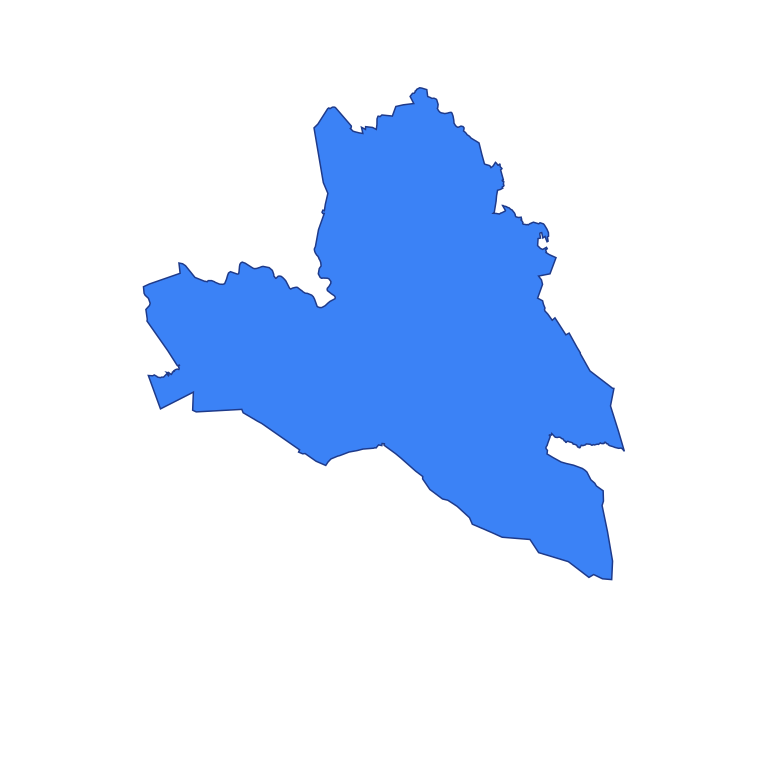 the district of Lagunillas, San Luis Potosí, Mexico, rotated 335°
{"feature_id": "50627088B55940986793809", "entity_name": "Lagunillas", "entity_type": "district", "adm_level": 2, "iso_a3": "MEX", "parent_name": "Mexico", "parent_adm1": "San Luis Potosí", "projection": "equal_earth", "projection_center": [-99.616, 21.598], "detail": "fine", "context": "isolated", "style": "filled", "palette": "blue", "viewbox_px": 768, "rotation_deg": 335, "n_neighbors": 0, "source": "geoboundaries", "source_scale": "gbopen_adm2", "svg_char_len": 6159}
<svg xmlns="http://www.w3.org/2000/svg" viewBox="0 0 768 768"><g transform="rotate(335 384 384)"><path d="M507.7,657.5L516.3,641.1L524.1,612.5L530.3,586.3L533.4,582.9L537.5,573.4L533.4,566.2L533.1,563.0L531.0,558.2L530.7,549.5L529.7,547.1L528.1,544.4L521.5,537.7L515.5,533.0L511.6,529.6L506.2,522.2L502.2,516.3L504.1,513.2L503.6,511.3L503.7,510.3L504.8,509.2L505.8,508.7L507.4,506.9L512.4,501.9L512.2,500.2L512.4,500.1L514.1,501.0L515.1,499.8L516.7,504.6L518.4,505.7L519.8,506.0L521.1,506.7L522.0,508.6L522.9,509.3L523.4,511.8L524.0,512.3L524.1,513.7L524.5,513.9L525.0,513.5L526.5,513.6L527.7,515.0L528.6,515.6L530.0,517.1L530.0,518.4L531.3,519.2L532.8,520.9L532.9,522.9L534.0,523.7L534.0,524.3L534.8,524.5L536.9,522.9L537.6,523.3L538.1,523.9L540.9,524.3L542.0,523.8L545.5,525.8L546.3,527.2L547.2,527.5L548.0,527.3L549.0,528.2L551.8,528.6L552.9,529.4L555.2,528.8L555.7,529.7L557.4,530.7L557.7,530.4L558.4,530.8L559.7,530.1L560.2,530.6L560.5,532.1L561.4,532.7L561.7,533.4L561.6,533.9L562.5,535.3L564.9,537.4L566.4,539.0L569.5,541.5L571.6,542.2L572.1,542.6L572.7,543.9L573.4,546.6L576.5,526.1L580.0,499.6L590.5,485.2L589.3,484.4L576.2,459.2L574.7,439.5L575.1,438.7L574.4,432.2L573.3,416.1L569.6,416.3L566.9,396.3L563.4,397.3L562.0,389.8L560.7,385.8L561.0,384.2L562.0,383.2L562.2,379.2L562.9,375.6L559.5,371.1L569.8,360.7L570.7,356.2L569.7,351.5L581.0,354.3L593.3,342.2L588.4,336.5L586.4,333.4L586.9,333.2L587.2,330.7L589.1,330.4L589.0,328.8L584.7,329.1L583.1,327.3L581.7,323.5L585.1,317.3L587.5,317.9L588.6,313.8L589.0,313.3L589.5,313.1L590.9,313.4L589.7,318.8L592.3,318.3L592.0,321.3L591.9,324.0L593.1,323.9L594.2,319.8L595.6,319.6L597.0,316.3L597.1,312.4L596.6,307.7L596.2,306.3L593.8,304.0L593.2,303.8L592.4,304.2L591.8,304.1L587.8,300.5L585.9,300.4L584.9,300.6L584.6,300.3L583.1,300.5L582.0,300.7L581.4,300.1L580.1,299.7L579.2,298.9L577.8,298.1L577.5,297.4L577.6,297.0L578.1,296.6L578.1,294.9L577.5,293.3L577.7,293.0L578.2,293.0L578.5,292.8L578.4,292.0L578.8,290.8L576.2,289.9L574.3,288.3L574.1,287.2L574.5,285.9L574.5,284.1L573.6,280.3L572.7,279.3L571.7,277.0L570.5,276.2L570.2,275.3L569.0,274.2L567.8,273.4L567.3,272.5L566.9,272.3L567.4,278.1L566.8,278.5L562.9,278.6L562.2,278.4L560.4,278.7L557.7,276.8L555.1,275.4L556.4,275.0L556.7,274.7L562.9,265.6L565.6,260.9L568.8,256.4L571.8,256.9L574.3,256.7L574.2,256.3L574.3,255.5L575.1,255.3L575.8,255.4L576.7,254.6L576.6,253.5L578.1,251.1L577.9,250.6L577.3,250.4L577.1,249.7L577.5,249.2L578.5,249.2L580.2,239.2L581.9,238.7L581.8,237.9L581.2,236.5L581.4,235.4L582.0,233.9L581.8,233.6L581.5,233.6L580.3,234.1L579.8,233.9L579.1,231.1L578.7,230.2L575.1,232.5L572.4,233.1L572.2,231.0L571.7,230.4L568.4,227.5L568.1,226.7L569.7,217.3L572.0,205.7L567.4,198.8L566.7,197.6L566.4,196.3L565.9,195.1L564.6,193.1L564.5,191.8L563.9,190.0L563.0,188.3L564.4,186.5L564.8,185.5L564.4,184.1L562.8,182.8L559.9,182.7L559.3,182.5L558.4,181.1L558.0,179.9L557.7,177.2L558.8,174.2L559.8,170.4L560.1,167.1L559.6,166.1L557.9,165.6L555.8,165.3L553.4,164.6L550.3,162.3L549.4,161.0L548.9,159.1L548.8,156.7L549.5,156.2L551.2,153.5L551.9,148.7L551.7,147.9L550.1,146.1L548.1,145.4L547.2,144.1L545.1,141.9L547.2,135.3L543.3,131.8L541.5,130.6L538.1,130.8L537.1,131.6L536.0,131.7L535.5,132.6L534.2,133.2L532.7,132.6L529.2,134.4L529.5,142.4L519.4,139.1L512.0,137.5L504.8,144.7L495.8,139.3L493.4,140.0L492.5,139.1L491.7,138.8L489.7,140.8L487.3,145.8L484.6,150.0L482.1,146.7L476.1,143.0L474.8,145.4L472.1,141.8L470.7,148.0L467.9,146.1L464.8,143.6L462.8,141.8L461.7,138.7L461.5,138.4L462.1,138.3L462.4,137.7L463.0,137.3L463.4,136.3L456.8,112.9L455.8,111.9L454.2,111.3L451.4,111.6L450.7,110.5L449.3,110.7L433.9,120.5L428.8,122.3L414.1,175.9L413.7,187.5L406.8,196.3L403.2,201.7L402.1,200.6L400.4,202.1L400.6,203.6L401.9,204.2L389.9,216.4L379.9,230.5L378.1,232.0L377.6,232.9L377.2,234.9L377.2,236.6L377.5,238.8L378.0,240.0L378.2,241.9L378.0,243.0L378.2,245.0L378.0,247.2L376.9,250.4L374.1,252.0L371.0,256.4L371.2,260.4L372.0,261.7L373.7,262.3L377.4,264.2L378.5,265.3L379.2,268.6L378.3,270.3L375.4,272.3L373.1,273.3L372.4,274.3L372.2,275.5L374.4,279.9L376.1,282.7L376.5,283.9L376.3,285.2L375.6,286.0L370.0,286.3L367.6,286.9L363.7,288.2L359.9,288.4L358.1,287.6L356.5,286.0L356.2,285.5L356.9,277.8L356.8,275.1L356.0,272.9L352.9,269.5L351.0,268.4L349.5,266.1L348.9,264.5L348.3,263.7L346.4,259.9L345.7,259.4L344.6,259.0L341.6,258.4L339.6,258.5L338.9,257.3L338.6,249.1L338.1,247.2L337.2,244.7L336.3,243.0L335.1,242.1L333.7,241.6L331.0,242.5L330.5,242.4L330.1,241.0L330.1,240.4L329.8,239.7L330.4,238.0L330.8,234.3L330.7,233.5L329.1,230.0L324.1,226.3L322.4,225.9L321.1,225.9L317.6,225.5L315.5,224.8L314.4,223.9L313.6,222.7L309.3,215.9L307.0,213.6L305.2,213.8L303.9,214.7L302.7,216.4L300.1,220.9L298.9,222.6L297.9,222.6L297.1,222.0L292.3,217.3L290.0,217.7L288.2,219.4L285.5,222.5L282.0,225.7L280.2,225.6L277.3,224.1L274.0,220.5L273.5,219.6L271.5,217.5L268.4,216.0L267.0,216.6L265.3,215.3L265.0,215.3L257.7,207.5L254.1,192.9L252.3,189.9L249.3,187.7L246.0,197.5L213.6,194.2L207.1,194.2L204.9,200.4L205.0,202.6L206.7,206.8L206.2,212.0L204.7,213.7L199.7,215.8L196.8,225.3L195.8,226.8L202.1,262.4L204.4,279.7L204.6,280.2L207.1,280.4L205.6,280.9L205.2,281.3L205.0,282.3L205.1,282.6L204.9,283.4L204.2,284.1L202.9,283.1L201.2,282.9L199.1,283.2L199.2,283.8L197.3,283.8L197.0,284.3L195.3,285.5L195.1,285.4L193.6,282.4L192.6,282.3L191.9,281.7L192.9,284.9L192.1,285.4L191.6,282.9L187.1,284.6L185.1,283.7L184.1,283.8L181.6,282.0L181.4,281.2L179.6,278.7L177.8,278.8L174.0,276.7L170.9,312.1L207.8,310.8L199.5,326.9L202.0,329.9L244.4,346.9L244.2,350.5L253.6,364.2L256.4,367.9L279.7,408.0L277.8,409.6L280.8,412.9L283.1,413.7L289.8,425.3L296.8,433.2L300.2,431.1L304.0,429.6L304.7,429.5L311.5,429.8L313.7,430.2L323.6,430.9L331.6,433.0L337.5,434.1L347.2,437.7L348.2,437.9L348.7,437.8L349.8,438.6L353.3,436.9L356.0,438.9L357.1,437.1L359.1,438.3L358.9,438.8L358.3,439.2L358.2,439.6L365.1,452.1L367.9,458.0L375.9,476.4L380.0,484.2L378.9,486.3L381.0,499.0L388.4,512.9L392.7,516.3L398.6,525.8L405.0,541.3L404.8,548.4L418.2,563.4L426.3,572.8L450.6,586.6L452.9,602.2L476.0,622.9L488.0,645.9L493.5,645.3L499.7,652.9L507.7,657.5Z" fill="#3b82f6" stroke="#1e3a8a" stroke-width="1.5"/></g></svg>